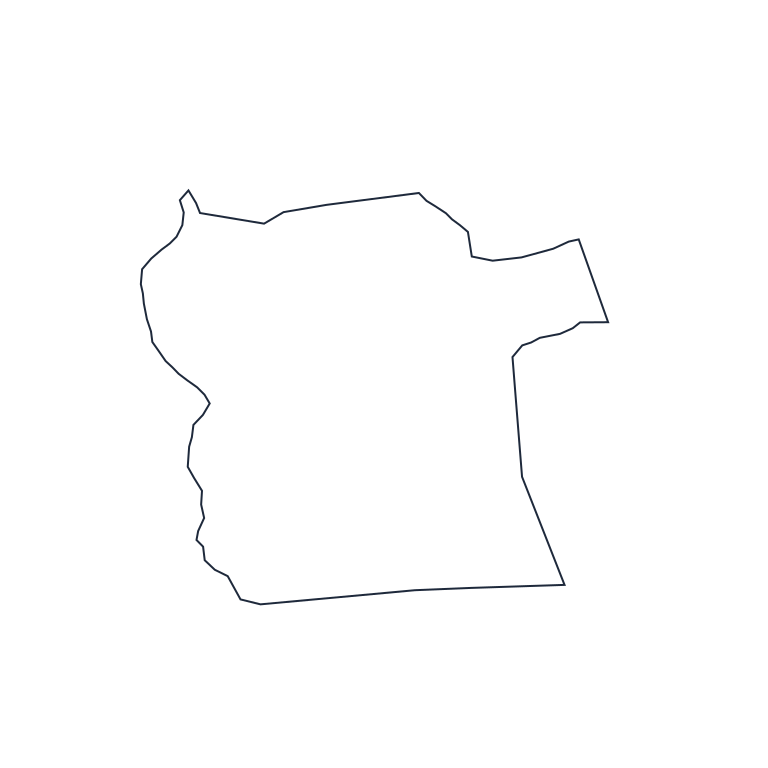 the district of Jericó, Paraíba, Brazil, rotated 244°
{"feature_id": "56859067B69960445467494", "entity_name": "Jericó", "entity_type": "district", "adm_level": 2, "iso_a3": "BRA", "parent_name": "Brazil", "parent_adm1": "Paraíba", "projection": "mercator", "projection_center": [-37.799, -6.517], "detail": "fine", "context": "isolated", "style": "outline", "palette": "slate", "viewbox_px": 768, "rotation_deg": 244, "n_neighbors": 0, "source": "geoboundaries", "source_scale": "gbopen_adm2", "svg_char_len": 1030}
<svg xmlns="http://www.w3.org/2000/svg" viewBox="0 0 768 768"><g transform="rotate(244 384 384)"><path d="M124.3,458.2L240.1,467.4L324.7,500.6L351.9,511.3L358.1,525.2L356.8,534.4L357.2,544.3L351.9,564.2L351.4,578.1L353.4,587.3L341.3,612.5L428.6,622.4L431.0,612.5L431.4,595.4L437.5,563.1L447.2,535.7L460.1,518.8L483.9,526.1L493.6,521.8L502.2,517.3L510.4,514.5L521.8,507.7L530.0,502.5L540.4,499.1L570.2,410.9L582.5,369.1L580.7,346.5L618.3,293.6L629.0,294.4L643.7,293.1L638.7,281.1L626.0,279.2L615.2,272.4L607.3,262.1L604.2,253.1L602.3,243.0L598.8,229.8L593.2,216.9L580.3,209.2L571.2,207.0L561.5,203.4L546.2,199.3L533.3,197.6L523.3,194.2L512.8,195.9L500.3,197.8L491.8,201.1L483.2,203.9L473.5,208.8L462.9,214.6L453.0,218.0L442.9,218.8L435.6,207.7L430.8,194.8L420.4,188.0L413.1,181.4L395.6,171.3L382.7,172.1L367.8,173.6L355.8,166.8L342.4,163.6L333.3,152.5L326.0,147.1L317.1,150.1L304.2,145.6L291.2,150.5L279.8,159.3L253.3,160.6L240.1,176.4L185.1,321.4L162.5,373.0L124.3,458.2Z" fill="none" stroke="#1e293b" stroke-width="2"/></g></svg>